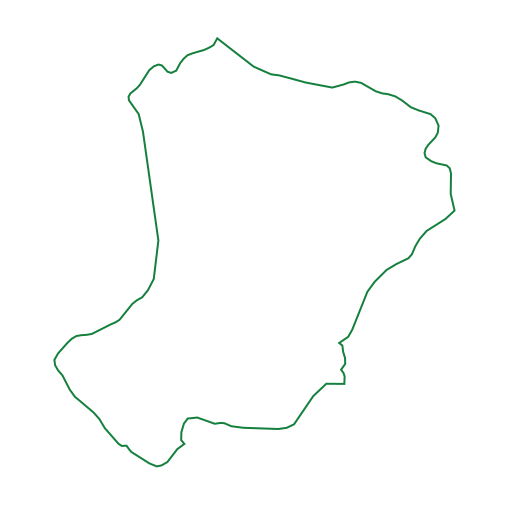 Covasna, Equal Earth projection, rotated 273°
{"feature_id": "ROU-306", "entity_name": "Covasna", "entity_type": "County", "adm_level": 1, "iso_a3": "ROU", "parent_name": "Romania", "parent_adm1": "", "projection": "equal_earth", "projection_center": [25.978, 45.929], "detail": "fine", "context": "isolated", "style": "outline", "palette": "green", "viewbox_px": 512, "rotation_deg": 273, "n_neighbors": 0, "source": "natural_earth", "source_scale": "10m", "svg_char_len": 1650}
<svg xmlns="http://www.w3.org/2000/svg" viewBox="0 0 512 512"><g transform="rotate(273 256 256)"><path d="M471.3,205.9L444.9,243.9L438.2,261.6L437.6,269.7L431.8,296.8L428.2,323.3L431.9,334.7L434.2,339.7L435.3,345.6L434.4,351.9L426.8,366.9L425.0,373.5L424.5,379.5L422.7,386.7L419.1,393.5L412.7,402.8L410.0,410.5L406.8,422.9L403.0,427.8L395.7,431.5L388.6,431.1L383.9,428.9L376.2,422.4L372.0,419.8L367.6,418.9L363.4,420.3L359.8,426.1L358.0,431.5L356.4,441.7L353.7,444.9L348.7,446.4L328.1,447.2L311.8,451.9L302.9,443.3L290.0,425.1L282.0,418.8L274.1,414.6L265.9,411.6L261.7,408.3L255.3,396.6L248.9,387.1L236.4,375.8L226.1,369.1L187.3,355.9L180.1,352.3L173.5,343.6L171.1,346.9L164.7,348.1L158.7,350.3L152.9,350.7L146.9,346.9L143.6,349.6L140.4,350.8L132.9,350.9L132.1,332.9L119.1,320.5L89.9,302.8L86.0,295.6L84.4,287.3L83.8,252.3L84.7,240.3L87.4,233.0L87.4,229.0L86.3,223.7L91.6,205.8L90.1,196.3L84.9,192.8L76.2,190.7L68.2,190.9L64.6,194.3L59.1,187.6L45.5,178.2L41.9,172.5L40.7,167.9L43.3,160.4L53.7,141.9L55.7,139.9L59.8,136.6L59.3,131.9L61.3,128.5L76.2,114.0L84.9,108.2L91.1,102.1L106.0,82.5L112.8,77.0L126.6,69.0L131.5,64.3L136.4,61.1L141.7,60.1L148.3,63.4L159.1,72.0L163.7,76.3L166.7,80.9L167.8,85.9L168.4,90.9L169.6,96.2L180.0,114.3L182.4,119.2L185.1,123.0L201.7,135.0L205.5,139.3L208.8,144.5L216.2,149.9L227.7,155.1L266.4,157.7L374.3,136.6L391.6,131.4L404.8,121.0L408.4,120.4L411.7,122.0L417.3,128.2L420.7,131.0L436.0,139.7L440.1,144.1L442.1,148.6L441.3,152.2L435.4,158.0L434.4,161.8L436.9,166.6L444.8,170.3L449.3,173.5L452.9,177.1L455.1,182.0L459.0,193.3L461.6,198.3L464.4,202.6L471.3,205.9Z" fill="none" stroke="#15803d" stroke-width="2"/></g></svg>